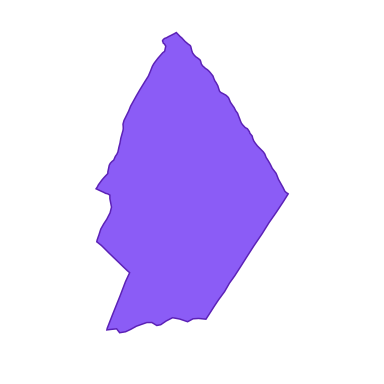 outline of Ali Al-Gharbi, Maysan, Iraq, rotated 12°
{"feature_id": "34846034B45052357299579", "entity_name": "Ali Al-Gharbi", "entity_type": "district", "adm_level": 2, "iso_a3": "IRQ", "parent_name": "Iraq", "parent_adm1": "Maysan", "projection": "equal_earth", "projection_center": [46.697, 32.421], "detail": "fine", "context": "isolated", "style": "filled", "palette": "violet", "viewbox_px": 384, "rotation_deg": 12, "n_neighbors": 0, "source": "geoboundaries", "source_scale": "gbopen_adm2", "svg_char_len": 2408}
<svg xmlns="http://www.w3.org/2000/svg" viewBox="0 0 384 384"><g transform="rotate(12 192 192)"><path d="M286.5,173.8L286.2,173.6L284.6,173.1L282.7,172.0L280.2,168.8L276.0,164.0L273.9,161.6L271.9,158.5L270.3,156.2L266.8,153.2L265.6,152.2L262.8,148.6L259.9,145.4L257.3,142.8L256.2,141.1L255.3,139.7L253.5,138.0L250.0,135.7L246.2,133.2L243.3,130.7L241.7,129.1L240.2,126.8L239.2,124.7L237.8,123.6L236.4,122.5L235.6,121.1L234.4,119.9L233.0,118.6L230.6,117.9L227.6,115.8L226.0,114.4L225.2,113.3L224.4,112.1L223.4,110.5L222.0,108.4L220.2,105.5L217.8,103.4L215.6,100.6L213.4,98.6L211.0,96.3L208.8,93.1L208.0,92.1L207.2,91.5L205.2,90.3L201.6,89.2L199.6,88.7L198.1,87.8L197.0,86.0L195.2,82.8L192.8,80.0L191.3,78.6L189.8,76.5L188.4,74.2L185.4,71.7L183.7,70.4L181.7,69.2L179.4,68.3L177.4,67.1L176.1,66.4L174.5,64.8L173.6,63.0L172.7,61.4L171.6,60.7L169.7,59.8L167.5,58.9L165.5,57.5L163.7,55.9L162.3,53.6L161.2,51.3L160.4,49.7L159.6,49.0L157.5,48.1L153.9,46.2L150.0,43.4L147.9,42.3L143.5,39.3L141.6,41.0L140.2,42.1L139.5,42.7L136.8,44.8L134.9,46.5L133.5,47.3L132.5,48.4L132.1,49.0L131.7,50.3L132.4,51.3L133.0,52.4L134.3,53.0L135.5,54.3L136.0,54.7L136.0,57.4L136.0,59.5L135.9,60.2L134.4,61.9L130.9,68.2L128.7,72.8L127.9,74.7L127.1,77.2L126.2,82.7L125.2,87.8L123.0,93.7L119.8,102.7L117.6,109.4L114.1,120.8L113.2,126.1L110.6,136.2L110.4,140.0L111.1,142.3L111.6,144.4L111.7,146.1L111.2,154.3L111.4,159.2L111.2,163.4L111.2,168.3L110.6,170.8L109.6,173.1L108.8,177.1L107.4,178.8L106.1,180.9L105.5,183.0L105.5,183.6L105.5,187.2L105.5,189.6L105.8,191.5L104.5,193.6L103.1,195.9L101.5,198.8L100.9,200.1L99.0,204.3L98.3,206.9L97.5,208.8L102.6,210.0L105.8,210.7L107.8,211.3L109.8,211.3L112.3,212.1L113.1,215.7L115.0,220.2L116.4,223.5L116.2,229.4L114.3,236.4L112.3,241.5L111.1,245.3L110.5,247.2L109.9,253.3L109.2,258.6L109.2,260.5L114.6,263.2L123.4,268.9L133.7,275.3L140.7,279.7L145.1,282.4L147.8,283.9L145.6,293.4L143.2,308.9L139.8,328.3L138.1,338.7L137.4,342.9L137.4,344.6L141.2,343.3L146.7,341.5L150.5,344.7L156.1,342.5L160.6,339.1L165.4,334.9L170.6,331.7L174.9,329.1L179.9,328.0L185.3,329.9L189.0,328.3L193.6,323.5L197.9,320.0L199.2,319.0L206.3,318.8L214.7,319.8L219.4,315.8L224.8,314.3L232.1,313.5L234.3,307.7L237.3,299.7L240.3,292.1L244.6,282.6L247.6,273.3L251.2,265.1L255.3,254.3L258.7,245.1L263.6,232.1L269.2,218.4L273.7,206.0L278.4,194.9L283.2,182.8L286.5,173.8Z" fill="#8b5cf6" stroke="#5b21b6" stroke-width="1.5"/></g></svg>